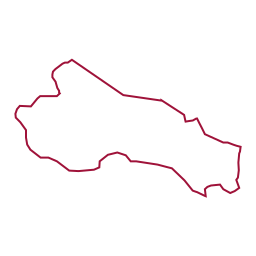 Coubaril Estate, Soufrière, Saint Lucia
{"feature_id": "8701671B11157561333534", "entity_name": "Coubaril Estate", "entity_type": "district", "adm_level": 2, "iso_a3": "LCA", "parent_name": "Saint Lucia", "parent_adm1": "Soufrière", "projection": "robinson", "projection_center": [-61.055, 13.847], "detail": "fine", "context": "isolated", "style": "outline", "palette": "rose", "viewbox_px": 256, "rotation_deg": 0, "n_neighbors": 0, "source": "geoboundaries", "source_scale": "gbopen_adm2", "svg_char_len": 1215}
<svg xmlns="http://www.w3.org/2000/svg" viewBox="0 0 256 256"><path d="M98.8,167.6L99.3,167.4L99.7,161.3L107.9,154.8L117.3,152.5L125.8,155.3L130.7,161.3L136.0,161.3L157.6,164.6L167.1,167.1L171.9,168.3L184.5,180.4L192.7,190.6L194.3,191.2L196.3,191.9L196.8,192.0L204.9,195.9L205.7,196.2L204.9,189.2L207.4,186.9L211.0,185.5L220.0,184.6L223.3,189.2L230.2,193.0L234.7,191.1L237.1,189.4L239.2,187.9L236.3,179.9L237.9,177.6L238.0,176.9L238.8,170.2L238.4,163.2L238.4,162.2L238.6,160.1L239.2,153.4L240.0,151.5L240.1,150.6L240.6,146.8L236.7,145.8L233.4,144.7L227.6,142.5L223.2,142.5L204.9,134.2L202.7,129.7L202.5,129.3L202.0,128.3L199.1,122.7L196.7,117.8L196.7,118.3L192.8,120.5L189.2,121.0L185.6,121.6L185.2,120.0L184.1,114.9L161.4,100.2L161.4,100.6L123.3,95.1L71.9,59.8L68.5,62.1L67.8,62.6L64.9,62.6L62.5,63.7L55.4,69.1L53.0,71.6L52.4,74.5L52.4,77.3L55.6,81.8L55.9,83.0L56.6,85.4L57.1,87.2L57.4,88.1L59.1,90.8L59.1,92.6L59.8,93.4L56.9,96.1L52.5,96.1L40.2,96.1L37.4,98.5L30.9,106.4L19.8,105.9L17.0,109.2L15.4,113.8L15.8,117.6L16.0,117.8L20.3,122.2L26.0,130.1L26.0,137.6L27.2,144.6L30.4,149.7L40.6,157.6L48.4,157.6L56.9,161.3L69.2,170.6L78.5,171.1L94.0,169.7L98.8,167.6Z" fill="none" stroke="#9f1239" stroke-width="2"/></svg>